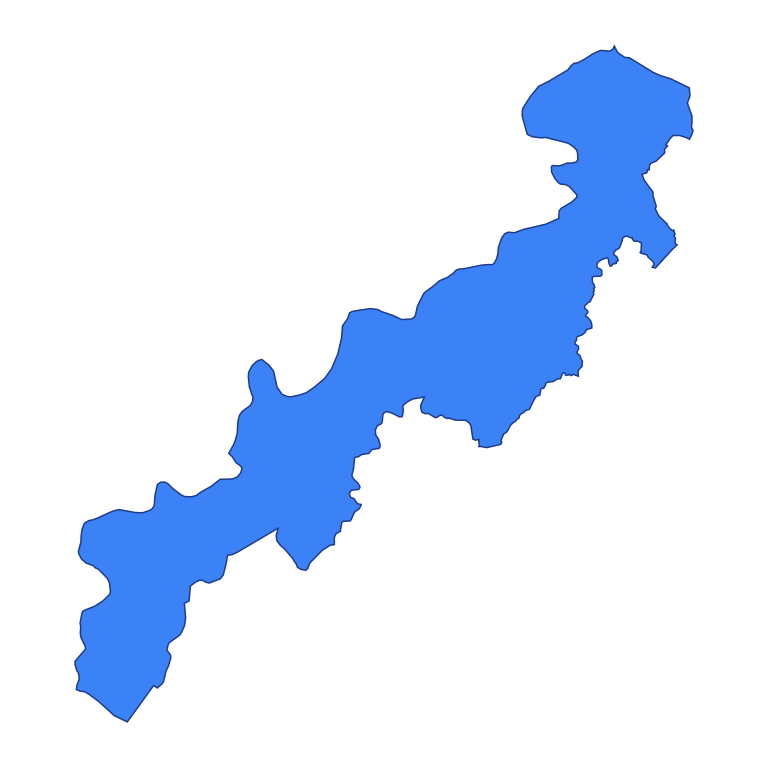 Tuzamapan de Galeana, Puebla, Mexico
{"feature_id": "50627088B82923584373412", "entity_name": "Tuzamapan de Galeana", "entity_type": "district", "adm_level": 2, "iso_a3": "MEX", "parent_name": "Mexico", "parent_adm1": "Puebla", "projection": "mercator", "projection_center": [-97.528, 20.103], "detail": "fine", "context": "isolated", "style": "filled", "palette": "blue", "viewbox_px": 768, "rotation_deg": 0, "n_neighbors": 0, "source": "geoboundaries", "source_scale": "gbopen_adm2", "svg_char_len": 6072}
<svg xmlns="http://www.w3.org/2000/svg" viewBox="0 0 768 768"><path d="M76.3,689.5L79.4,690.9L85.0,691.9L89.0,694.3L98.8,701.6L114.3,715.7L127.3,721.9L153.7,685.4L157.2,688.0L162.3,683.6L163.6,681.4L166.0,671.2L168.3,666.3L170.8,657.9L170.5,655.0L166.8,650.0L168.4,643.9L169.6,642.4L179.7,635.1L181.5,632.5L183.9,627.2L184.8,624.4L185.6,617.6L184.4,603.2L189.1,601.0L190.4,586.0L195.6,582.1L199.5,580.3L202.3,580.2L205.9,582.3L209.4,583.0L220.3,578.8L223.3,574.9L225.9,564.5L227.6,555.3L232.2,554.6L237.7,552.0L278.1,528.2L276.2,535.8L276.9,540.8L280.5,545.5L284.8,549.2L292.8,558.6L294.4,561.6L295.8,563.1L297.5,567.3L300.8,569.3L305.9,570.3L307.9,568.3L309.5,563.7L311.4,561.4L322.2,550.4L330.1,545.2L334.4,544.6L334.3,537.8L335.5,534.6L336.6,533.3L340.3,531.4L341.8,522.4L343.2,521.3L350.1,521.0L351.1,519.8L354.0,513.1L355.2,511.5L358.9,509.1L360.9,505.8L361.2,504.5L357.4,503.7L354.1,498.7L350.7,497.3L349.6,494.8L349.7,492.5L351.3,490.3L358.1,489.5L359.3,488.7L359.9,487.4L359.8,486.3L357.9,483.2L353.2,478.4L352.2,476.4L352.0,475.0L353.5,468.7L354.6,457.9L356.4,456.8L358.0,457.0L361.9,454.4L369.0,453.4L371.7,449.6L379.0,448.4L380.1,446.5L380.1,445.0L378.8,439.7L375.7,434.9L375.4,429.9L377.3,425.8L381.5,423.6L382.1,422.2L383.0,414.1L384.1,412.8L386.3,411.6L388.6,412.0L392.1,413.2L399.5,416.9L402.0,416.8L402.8,414.2L403.3,409.4L402.8,406.8L403.1,405.3L407.6,401.7L412.7,399.0L424.3,397.0L420.7,405.3L420.9,408.9L422.1,412.4L425.1,413.7L428.3,413.5L435.5,417.7L437.8,417.0L438.4,416.2L440.6,415.2L442.7,415.6L444.5,417.4L447.4,418.5L449.6,418.2L455.1,420.1L465.8,420.3L469.2,423.0L470.8,425.3L472.9,439.1L475.8,440.2L478.9,439.3L478.7,441.8L479.5,445.3L479.3,446.0L478.2,446.6L481.0,446.5L486.7,447.6L500.7,444.4L501.8,442.0L500.9,440.5L503.7,433.9L506.0,432.7L507.6,430.8L510.3,425.5L512.9,422.9L515.7,421.2L516.9,419.1L518.2,418.9L519.2,417.7L519.3,415.7L521.4,413.7L524.0,412.4L525.1,410.7L529.4,409.3L533.8,400.2L536.2,396.4L539.9,395.0L540.8,389.1L542.0,388.4L543.6,388.3L545.4,385.5L545.8,383.3L547.2,382.3L553.3,381.5L557.2,379.1L560.5,378.6L562.4,373.5L563.4,372.9L565.1,373.1L565.4,375.0L567.8,375.2L569.5,374.4L571.0,375.6L573.5,374.4L578.3,376.2L578.1,371.6L578.5,370.0L582.0,366.4L582.4,361.1L581.1,359.1L579.9,355.3L578.4,354.5L576.8,352.7L578.7,348.5L578.3,346.2L574.8,343.8L575.2,342.0L576.6,340.0L576.5,337.7L576.9,336.8L581.9,335.0L584.4,333.1L585.9,331.1L586.0,329.9L591.9,327.9L591.8,324.5L590.9,321.3L587.8,317.4L585.6,316.1L585.6,315.1L587.9,312.4L587.8,311.2L584.8,308.1L584.6,307.0L584.8,305.9L586.9,303.7L588.3,302.4L590.0,301.8L593.7,294.5L593.8,293.3L593.2,292.5L594.2,290.7L593.7,288.6L594.8,287.5L594.0,284.5L592.6,282.5L592.1,277.6L594.1,276.3L600.3,276.2L601.8,275.1L601.8,270.9L601.0,269.5L597.3,267.7L596.9,266.3L597.1,263.6L598.0,262.0L602.1,259.4L607.3,257.8L608.1,258.4L609.0,263.4L610.3,266.2L611.3,266.1L612.8,264.1L616.2,263.4L616.3,261.5L617.6,261.3L618.1,259.9L616.8,256.8L613.9,254.6L613.9,252.4L616.3,249.7L618.3,248.9L619.7,247.4L622.2,240.7L622.5,238.6L624.5,236.6L626.8,236.2L628.7,236.6L630.0,237.6L632.1,237.7L632.1,238.6L633.9,241.1L638.0,241.2L641.4,243.0L641.1,250.8L640.1,252.4L641.1,253.2L647.3,255.0L647.9,256.9L652.6,261.1L654.2,264.0L652.3,267.2L655.4,268.0L672.1,249.7L677.1,244.9L676.0,244.3L675.0,242.6L675.5,238.3L673.8,235.7L675.1,234.4L673.7,230.0L672.7,230.8L669.4,228.0L666.8,224.4L667.1,224.0L659.4,216.5L657.9,214.3L655.3,208.6L656.3,206.3L652.9,195.5L653.1,192.8L652.7,191.7L644.3,180.4L642.0,174.3L646.9,172.7L647.5,169.8L649.3,169.8L649.4,165.7L650.8,163.3L656.0,161.2L664.7,152.9L664.5,149.3L667.6,145.9L665.8,144.9L669.8,138.9L673.1,135.5L679.9,135.5L686.4,137.7L689.4,139.3L691.7,134.9L693.0,130.9L692.8,129.6L691.7,128.0L691.5,124.9L692.0,122.7L691.9,115.8L687.4,103.1L690.0,95.7L689.3,87.9L670.9,78.9L660.1,75.5L653.4,72.5L629.4,57.8L624.6,57.3L618.4,53.1L616.9,51.2L614.3,46.1L613.0,49.1L609.8,51.1L600.6,50.4L592.9,53.8L584.5,59.2L577.7,62.8L573.8,63.4L570.7,66.1L567.9,69.9L549.2,81.0L538.6,86.4L530.2,96.7L522.9,108.2L522.3,110.9L522.2,115.9L527.1,133.9L528.2,134.9L532.5,136.8L541.7,137.9L545.4,137.4L567.0,142.9L569.5,144.0L573.7,147.0L576.6,150.0L577.6,153.4L577.8,159.9L576.1,162.0L571.7,163.1L567.6,163.0L559.2,166.0L552.8,165.5L551.8,166.0L551.4,167.1L551.7,172.3L555.0,178.7L558.3,182.6L560.4,184.1L564.9,184.4L568.3,185.9L570.0,187.2L576.9,195.0L577.0,196.5L576.3,197.7L571.6,202.2L561.6,208.0L559.2,210.8L558.7,218.5L545.8,224.2L523.9,229.3L514.5,232.7L508.2,232.2L504.8,233.7L501.8,237.8L498.5,246.9L497.8,254.2L496.7,258.4L494.6,262.6L492.9,264.3L491.6,264.8L488.9,264.5L481.2,265.2L464.0,268.7L458.2,269.2L455.9,270.4L453.7,272.9L447.4,277.4L439.6,280.7L432.8,286.5L425.1,292.0L423.2,294.5L417.4,306.2L415.5,315.1L414.4,317.1L411.4,319.0L401.7,319.5L392.1,315.1L381.8,311.7L377.7,309.5L370.1,308.6L355.6,310.8L351.6,311.7L349.6,312.9L347.7,318.5L342.5,325.9L341.6,337.8L337.9,353.7L331.7,368.5L324.9,378.2L314.3,387.2L306.2,392.8L299.1,395.1L290.4,396.9L287.2,396.5L281.9,394.2L277.1,387.2L273.5,370.9L268.6,364.8L261.9,359.5L258.2,360.5L256.1,361.9L252.1,365.7L248.7,372.1L248.3,376.8L249.5,388.0L250.4,389.5L251.8,394.7L253.0,396.4L252.4,402.0L249.9,405.8L242.2,411.4L239.4,415.4L237.9,421.9L237.2,433.4L235.2,440.7L233.7,444.5L228.7,453.3L232.3,456.8L236.1,462.7L241.0,466.3L241.9,468.7L240.7,472.9L237.3,477.0L232.2,479.0L220.1,479.3L211.2,486.3L201.4,491.8L196.1,495.6L191.2,496.8L184.4,496.5L181.1,494.9L173.4,489.0L168.2,484.0L164.9,482.1L160.7,482.2L157.4,484.5L155.0,495.3L154.2,505.6L152.4,508.5L150.3,510.2L143.6,512.5L140.9,512.8L135.0,512.5L119.2,509.6L116.4,510.1L110.9,511.9L97.3,518.2L92.8,519.9L89.1,520.5L85.4,522.5L84.1,523.9L82.1,529.1L81.2,535.4L80.9,542.0L78.4,551.5L78.8,553.8L81.5,559.0L86.4,563.2L93.2,565.6L95.3,567.9L98.3,569.1L107.4,578.4L109.4,582.8L110.5,591.6L109.6,594.4L102.9,600.9L94.7,606.2L84.9,610.1L82.8,611.4L82.0,612.9L80.1,623.0L80.7,627.0L80.3,633.8L81.0,637.7L85.3,646.5L85.5,649.1L75.1,661.2L75.0,664.6L76.9,670.9L78.2,672.3L79.1,676.8L79.0,679.8L77.0,685.0L76.3,689.5Z" fill="#3b82f6" stroke="#1e3a8a" stroke-width="1.5"/></svg>